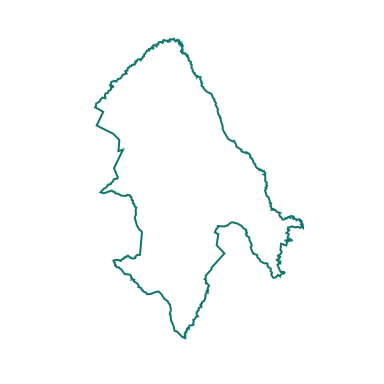 the district of Curuzú Cuatiá, Corrientes, Argentina, rotated 16°
{"feature_id": "61730980B48951068830804", "entity_name": "Curuzú Cuatiá", "entity_type": "district", "adm_level": 2, "iso_a3": "ARG", "parent_name": "Argentina", "parent_adm1": "Corrientes", "projection": "albers", "projection_center": [-58.213, -29.735], "detail": "fine", "context": "isolated", "style": "outline", "palette": "teal", "viewbox_px": 384, "rotation_deg": 16, "n_neighbors": 0, "source": "geoboundaries", "source_scale": "gbopen_adm2", "svg_char_len": 6001}
<svg xmlns="http://www.w3.org/2000/svg" viewBox="0 0 384 384"><g transform="rotate(16 192 192)"><path d="M307.7,193.7L307.3,192.4L305.9,192.1L304.4,190.6L305.6,190.5L305.4,189.7L302.3,188.5L300.3,190.4L299.5,189.5L297.7,189.0L297.0,189.8L296.1,189.7L296.1,188.8L295.5,188.5L296.0,187.7L293.9,187.7L292.7,188.8L293.1,189.7L291.4,189.4L290.5,191.2L288.9,191.3L288.9,192.3L288.0,193.1L286.5,193.5L285.1,191.7L283.9,191.6L282.6,190.5L282.0,188.7L282.6,187.9L279.0,187.7L277.0,186.3L273.9,187.0L274.6,186.0L272.9,185.9L271.9,184.0L271.1,183.7L271.2,181.1L269.7,181.1L269.0,178.8L267.0,176.0L265.0,175.3L261.8,170.4L262.3,168.5L261.7,167.9L262.3,167.7L262.0,167.0L262.5,165.3L261.4,164.8L261.5,162.6L259.4,161.3L257.8,155.8L256.3,155.4L257.2,154.9L257.3,153.7L255.5,152.1L254.6,152.7L253.7,152.0L252.6,152.3L252.1,151.6L251.0,152.4L250.2,152.0L250.5,151.6L247.5,150.9L245.7,149.4L245.2,147.8L244.1,147.6L242.4,146.1L242.1,144.9L240.5,143.9L240.5,143.2L238.1,142.4L238.1,140.9L236.2,139.5L234.0,139.0L234.3,139.5L233.8,139.7L228.8,139.4L228.1,139.0L228.1,137.8L222.2,136.2L221.6,134.6L218.3,131.2L217.1,132.2L212.2,131.1L204.3,123.5L203.3,120.2L199.7,114.9L199.4,113.4L198.4,113.1L198.3,111.9L195.7,109.8L194.1,106.6L194.2,105.3L190.6,101.7L190.6,100.1L188.2,97.9L188.2,97.0L186.6,96.1L183.7,92.4L178.3,91.4L174.6,89.2L174.0,87.9L172.1,87.5L171.5,85.7L171.9,84.8L170.6,84.0L170.7,83.2L168.8,81.4L168.7,79.3L165.6,79.6L165.3,80.2L164.9,79.0L163.4,79.1L163.0,78.2L161.9,78.0L161.6,76.8L161.0,77.0L159.4,75.8L159.3,74.8L157.2,72.5L156.6,69.6L155.3,69.2L155.1,67.2L152.6,66.5L151.8,64.1L150.9,63.8L150.4,62.1L149.4,62.6L148.9,61.3L147.8,61.6L147.3,60.5L145.4,60.9L144.5,60.2L144.5,61.1L142.5,59.9L142.7,59.5L144.1,60.2L143.3,58.2L143.9,57.8L142.7,56.3L142.9,54.1L142.3,53.5L141.9,54.1L141.6,53.6L141.1,53.9L141.3,52.9L139.6,53.4L139.8,52.5L139.3,53.0L138.2,52.5L138.0,51.8L138.7,51.7L138.2,51.1L138.7,50.8L137.4,49.6L137.0,50.6L136.0,50.5L135.3,51.2L135.2,50.3L133.7,51.2L132.3,50.7L132.3,49.8L130.2,51.1L128.6,51.3L128.3,52.2L129.2,53.2L127.5,54.3L126.4,53.3L124.5,54.0L123.0,53.6L122.5,54.3L122.9,56.0L122.4,56.8L121.0,56.3L118.6,57.3L118.9,59.5L117.2,59.8L117.7,61.7L114.7,61.2L113.7,63.5L115.2,64.2L115.2,64.8L113.0,64.9L112.2,66.3L111.3,66.4L111.8,67.9L109.7,68.4L108.9,71.9L108.0,73.0L108.5,74.8L107.4,75.5L107.5,77.4L106.0,78.4L106.3,79.3L104.6,78.9L103.1,79.8L103.0,81.3L101.6,82.0L102.4,83.1L101.5,84.1L101.8,85.4L99.1,86.4L98.9,87.8L97.5,88.2L97.3,89.6L96.1,90.5L96.5,93.1L94.7,93.7L94.6,94.5L96.5,96.1L93.2,98.3L92.1,102.5L89.8,103.7L88.7,106.8L87.1,106.4L84.1,108.4L84.3,110.5L83.7,111.9L84.4,112.3L86.5,111.8L87.2,112.5L86.7,113.4L85.3,113.6L85.8,115.9L84.0,117.7L83.7,120.2L81.8,121.0L81.5,122.8L82.9,125.7L79.8,126.0L78.9,127.5L78.3,130.4L75.5,133.4L76.0,136.2L75.5,137.3L84.6,139.4L82.0,154.4L100.1,157.7L107.8,162.0L110.0,172.9L114.0,170.3L110.5,190.6L116.7,198.6L116.5,199.8L114.6,200.4L113.3,201.5L113.0,203.9L112.0,205.1L111.8,206.7L109.2,208.1L109.2,209.3L107.6,212.1L106.4,213.1L104.1,217.5L107.4,217.6L114.6,212.7L115.7,213.4L117.8,213.3L118.7,214.5L121.5,214.0L124.8,215.0L129.8,213.9L130.6,212.6L133.1,212.3L134.0,213.4L134.9,213.3L136.4,216.4L137.7,216.6L138.1,219.0L139.9,219.6L140.9,221.7L142.7,222.1L142.9,225.3L144.4,229.1L143.9,232.2L148.2,239.2L151.5,242.5L154.3,243.6L155.0,244.5L159.3,266.7L156.7,267.6L155.3,269.8L155.7,271.1L154.4,272.0L151.4,272.4L151.1,271.8L150.1,272.0L148.0,270.8L146.6,272.0L146.8,272.8L144.9,273.5L144.8,274.9L143.0,276.2L142.6,277.9L139.9,277.7L137.1,278.4L135.5,279.7L136.3,280.0L136.6,281.2L137.5,281.4L138.1,283.7L138.8,283.4L140.1,285.0L142.3,284.5L143.1,285.3L145.0,285.7L149.9,289.4L154.8,288.6L156.4,289.4L157.4,291.5L157.9,291.4L158.1,293.0L159.5,292.2L160.8,292.4L160.7,293.9L164.8,295.1L166.9,297.2L166.7,298.1L169.7,298.4L171.2,300.4L172.1,300.2L173.4,301.3L175.5,301.3L176.9,302.6L180.2,301.5L185.9,297.3L187.8,297.0L191.5,299.2L194.9,302.4L198.9,303.7L200.4,305.7L201.6,306.0L204.1,310.6L204.4,315.7L205.3,316.0L207.0,320.8L211.3,326.0L213.5,330.3L216.0,330.2L222.5,334.0L225.8,334.4L225.7,333.3L224.7,332.6L225.1,331.6L224.5,331.5L224.0,329.8L224.5,328.5L225.3,328.5L224.7,327.1L225.5,326.0L224.9,325.0L225.8,323.3L226.6,323.9L226.5,323.1L225.9,323.0L226.6,320.9L229.4,319.8L230.0,319.0L229.3,318.0L229.5,316.0L228.4,314.8L229.8,313.1L230.4,310.7L232.0,309.9L230.4,308.4L229.5,306.4L230.2,305.7L230.2,304.5L231.0,303.8L230.5,301.5L232.8,299.9L232.1,298.5L231.3,298.4L231.2,297.5L232.2,296.7L232.2,294.7L233.5,293.8L234.1,290.6L233.6,289.8L233.9,288.6L233.2,287.6L233.8,284.5L234.4,284.4L233.8,284.0L234.2,283.6L233.7,282.9L234.6,282.5L234.5,281.6L233.5,280.5L234.2,277.3L231.4,275.5L230.7,276.0L230.2,275.4L230.1,273.3L228.2,272.3L229.1,271.4L228.2,268.7L232.1,260.7L231.6,259.5L240.1,242.1L230.3,236.3L229.0,225.3L225.1,224.5L225.5,221.1L226.7,219.1L226.2,217.6L232.8,216.2L234.2,214.8L235.2,214.7L237.7,210.8L239.1,210.0L244.3,209.8L249.2,211.0L251.6,212.8L253.8,213.1L255.0,214.1L254.7,214.9L256.0,215.9L255.5,216.9L256.0,216.8L256.4,219.0L259.7,219.9L260.3,222.2L263.8,226.1L264.2,227.1L263.5,228.7L266.9,233.5L267.8,233.6L268.2,234.5L271.8,234.5L273.0,236.9L275.5,238.0L276.8,239.7L281.1,240.7L283.1,239.9L284.5,240.2L284.8,242.0L285.6,242.9L288.9,244.0L289.1,246.1L291.2,247.5L290.9,249.5L293.5,251.9L294.5,251.9L296.3,250.8L297.4,248.1L299.6,248.7L299.1,247.5L299.8,248.1L301.2,245.3L302.8,245.1L303.2,244.1L302.4,243.5L299.5,244.4L298.5,243.6L294.3,238.5L295.0,237.7L294.9,235.5L295.7,236.5L296.5,236.4L296.1,234.5L295.3,234.9L292.2,233.9L292.4,233.4L293.8,233.1L294.7,230.1L293.7,229.6L292.7,230.3L292.1,229.5L293.5,228.3L294.7,225.9L294.3,224.2L293.1,223.6L291.8,217.2L297.4,217.4L297.1,213.7L295.4,212.8L297.3,211.5L298.5,212.6L299.7,211.5L302.1,211.1L296.4,209.5L296.7,205.8L294.1,205.4L296.0,201.9L294.1,201.2L294.2,199.5L296.0,199.0L297.4,197.5L301.6,197.5L303.3,196.2L305.8,196.7L306.6,196.0L306.6,195.4L307.4,195.2L308.5,195.8L308.2,194.6L306.8,193.8L307.7,193.7Z" fill="none" stroke="#0f766e" stroke-width="2"/></g></svg>